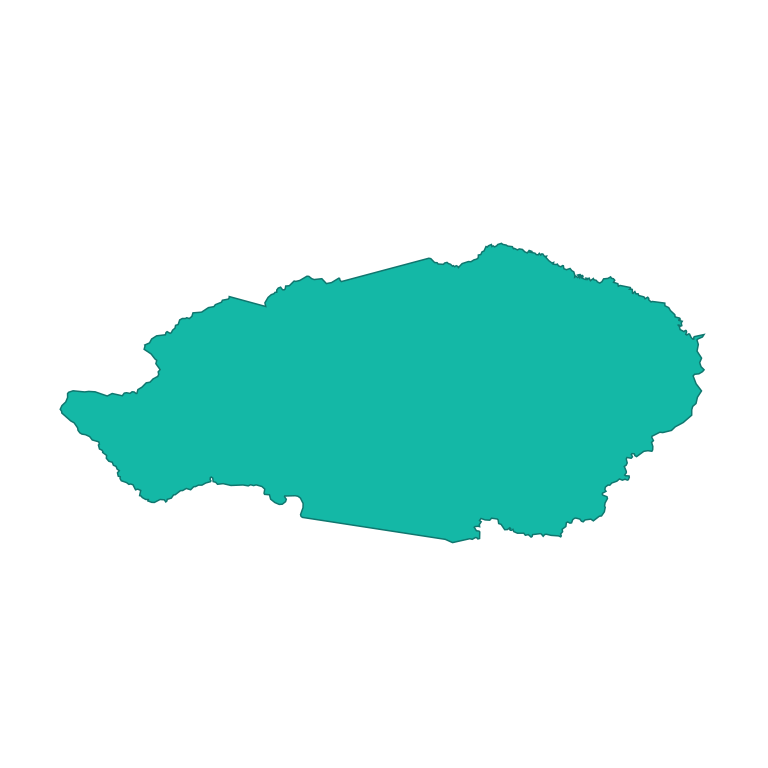 outline of Calobre, Veraguas, Panama, rotated 281°
{"feature_id": "35544464B72055613867107", "entity_name": "Calobre", "entity_type": "district", "adm_level": 2, "iso_a3": "PAN", "parent_name": "Panama", "parent_adm1": "Veraguas", "projection": "natural_earth1", "projection_center": [-80.825, 8.387], "detail": "fine", "context": "isolated", "style": "filled", "palette": "teal", "viewbox_px": 768, "rotation_deg": 281, "n_neighbors": 0, "source": "geoboundaries", "source_scale": "gbopen_adm2", "svg_char_len": 6154}
<svg xmlns="http://www.w3.org/2000/svg" viewBox="0 0 768 768"><g transform="rotate(281 384 384)"><path d="M544.5,472.5L542.7,469.1L541.1,468.2L539.7,466.3L540.4,464.8L539.5,463.7L541.4,462.8L539.6,460.1L538.2,459.4L538.4,457.9L533.7,456.8L532.4,455.0L529.5,454.3L528.6,452.0L526.0,452.5L524.2,451.1L523.1,448.7L520.6,446.0L520.3,443.5L517.1,437.7L512.5,434.8L513.5,434.0L513.9,432.3L512.6,431.0L513.4,429.5L512.7,428.8L514.2,426.5L514.5,424.2L515.4,422.7L514.3,420.4L512.8,419.5L512.1,414.3L513.2,413.0L512.9,410.5L516.0,406.0L516.0,404.0L476.4,322.6L477.4,321.1L479.2,320.2L479.3,319.5L473.5,313.1L471.6,308.3L475.5,302.9L473.2,295.5L473.6,293.0L475.3,289.7L475.1,287.8L469.6,281.6L467.9,277.9L467.9,276.1L462.4,272.3L461.4,268.8L458.5,268.9L457.3,267.9L457.2,266.4L459.3,264.0L458.0,261.9L455.8,260.8L453.6,261.2L453.2,259.6L451.6,258.7L450.2,256.3L446.9,253.7L441.0,251.6L437.5,253.1L440.3,215.4L438.9,215.6L437.6,214.9L435.4,209.4L433.3,208.9L429.7,203.3L427.5,202.3L425.5,197.1L419.7,191.2L417.4,182.9L413.7,182.5L411.1,180.4L411.4,177.7L410.4,176.5L409.8,173.5L407.9,171.2L403.1,170.6L401.8,168.2L399.0,168.2L396.5,166.2L393.9,165.5L392.9,164.4L394.0,161.1L392.9,160.2L390.6,160.0L387.9,151.6L383.8,147.3L379.6,146.0L376.6,141.7L376.0,142.2L372.3,141.9L369.1,149.6L364.8,154.5L363.9,156.4L360.4,156.2L355.4,161.5L352.8,160.0L350.5,161.0L348.3,160.5L345.0,156.4L341.1,153.9L339.8,150.4L334.7,147.0L331.6,143.5L327.6,143.2L327.4,142.3L328.5,140.3L328.3,138.2L326.3,136.5L326.3,132.9L325.5,130.8L322.5,129.3L322.8,119.0L319.4,114.6L321.2,101.9L320.4,95.6L319.1,91.7L318.0,80.1L315.7,76.0L314.2,75.2L310.4,76.0L305.6,75.0L301.4,72.0L297.4,71.0L295.8,72.7L294.0,73.3L288.0,83.5L286.8,87.2L282.5,91.6L280.1,92.5L278.0,94.8L277.2,97.0L277.3,100.6L276.2,105.1L273.4,108.3L272.8,115.0L270.6,116.1L269.6,115.3L265.9,117.1L265.3,119.6L264.0,121.0L263.1,120.9L261.0,125.3L258.1,125.6L255.7,128.6L255.3,132.2L252.6,133.9L252.0,136.7L249.5,138.3L248.4,140.7L246.0,139.3L242.8,140.7L242.6,142.8L240.7,143.0L238.9,144.6L238.1,150.1L236.8,152.7L237.5,154.4L237.2,156.8L232.7,160.3L233.8,162.3L233.1,165.5L227.8,165.4L227.7,166.9L226.4,168.4L225.2,172.0L225.6,174.7L224.2,174.5L223.5,178.5L223.9,181.2L227.9,186.2L228.4,190.4L226.6,192.3L227.8,193.2L229.4,193.2L231.4,197.0L235.0,198.6L235.5,200.2L240.5,204.6L241.0,206.7L243.7,209.8L243.3,214.4L246.9,216.8L247.3,218.5L249.3,221.1L250.0,224.6L252.8,227.9L255.0,232.3L255.9,232.6L257.0,231.5L259.0,231.4L259.7,232.3L258.9,233.9L255.6,234.9L255.4,237.6L253.8,239.7L255.5,245.1L255.2,253.1L258.0,264.9L258.1,270.2L259.7,272.3L259.4,275.4L260.6,277.7L260.1,283.7L258.1,287.0L253.9,287.1L252.9,287.8L253.4,292.7L249.3,294.7L246.8,299.5L245.8,304.1L246.6,307.1L249.7,309.8L252.2,310.1L254.3,307.9L255.1,307.9L257.4,318.2L257.4,320.9L256.1,323.7L251.3,327.4L247.1,328.1L239.9,327.0L238.3,327.8L237.5,329.3L243.2,473.8L241.4,481.6L248.5,497.7L248.4,500.3L250.7,503.0L250.8,504.4L249.8,505.7L250.6,507.3L257.1,506.2L257.7,505.4L257.6,502.7L260.6,499.9L261.4,500.5L262.3,503.5L262.2,505.1L264.2,504.4L267.3,505.7L268.2,503.8L270.5,504.9L269.9,509.2L270.5,513.8L272.8,515.2L273.1,520.7L272.5,521.9L268.9,523.2L268.6,525.7L264.0,530.3L264.7,533.0L266.9,534.9L266.3,535.8L265.2,535.2L264.6,535.8L264.7,537.1L265.9,538.3L263.9,539.5L263.0,543.4L264.2,549.7L262.5,551.6L263.7,554.4L261.8,557.6L262.6,558.5L264.5,558.6L266.9,565.8L266.8,567.0L264.9,569.3L266.9,570.4L267.5,572.0L267.3,576.9L268.2,584.3L267.7,586.6L268.7,587.0L270.5,586.0L273.1,587.5L275.4,586.6L278.8,589.7L282.7,589.5L283.6,590.6L282.9,593.1L283.5,594.6L286.8,595.1L288.5,596.6L289.0,597.8L288.8,602.0L287.0,604.0L286.7,605.8L289.0,607.4L290.8,612.8L289.6,615.6L295.3,620.6L296.0,622.7L300.6,624.7L305.2,624.7L306.2,623.8L309.4,623.7L314.2,625.2L315.9,624.4L316.6,620.2L317.5,619.3L318.5,619.3L321.0,622.4L322.6,620.9L325.1,621.0L327.5,623.1L327.8,625.0L330.3,626.5L333.0,631.1L335.7,633.2L335.1,636.3L336.5,638.8L336.1,641.2L336.7,642.1L339.2,642.6L340.5,642.1L340.0,638.6L340.6,637.6L343.1,638.8L344.5,638.5L348.9,635.6L350.5,637.2L352.9,637.8L356.6,636.1L358.2,636.5L358.3,640.8L359.9,641.8L362.0,640.2L363.0,640.7L363.2,643.0L361.6,643.9L360.9,645.8L367.5,651.9L368.9,655.8L369.1,659.8L370.6,660.3L374.0,659.8L377.7,657.8L379.8,659.3L382.8,657.0L383.9,657.1L389.3,664.0L389.5,666.9L393.3,675.1L397.6,678.1L403.3,685.1L412.1,692.0L417.4,691.0L420.9,691.3L424.4,694.0L430.8,694.2L437.8,697.0L443.8,690.3L450.9,685.9L452.8,687.0L454.1,691.2L456.9,694.3L459.0,695.5L461.5,691.9L465.2,689.8L470.0,690.8L476.0,685.0L482.8,685.0L486.9,682.8L488.2,683.7L490.9,687.6L493.6,688.7L489.8,679.8L489.1,679.2L487.2,679.5L487.0,678.6L488.2,676.7L491.3,674.4L491.3,673.4L489.9,671.9L490.3,670.7L492.9,671.1L494.1,670.4L494.1,669.7L492.7,668.4L493.9,664.3L496.9,662.9L497.9,661.6L498.2,662.2L497.4,664.2L498.1,665.2L500.7,664.1L502.5,664.8L502.7,661.3L503.4,661.2L504.2,662.4L505.1,661.6L505.4,657.0L507.6,656.2L510.7,651.2L513.3,648.9L514.4,644.8L517.0,644.2L516.2,631.5L515.5,630.5L517.2,627.8L518.6,627.5L519.5,626.3L517.5,624.0L519.1,622.6L519.5,617.1L521.0,616.3L520.6,614.1L522.6,612.6L520.4,611.2L520.6,610.6L524.2,609.7L523.9,607.1L524.9,607.9L525.7,607.4L525.8,596.9L524.7,595.4L527.1,594.4L527.6,589.9L529.9,590.7L531.1,589.1L531.2,587.1L532.4,586.0L530.4,583.7L529.1,579.5L526.0,578.4L524.2,576.5L525.0,573.9L526.2,572.7L526.4,570.1L527.5,569.4L524.8,566.9L527.1,565.1L525.4,563.6L526.5,563.2L526.4,562.0L525.7,562.5L525.0,561.7L525.7,558.0L526.3,557.4L527.2,558.9L528.0,558.6L528.4,557.9L527.8,557.0L528.9,555.6L527.9,553.3L527.2,554.2L527.4,555.9L525.6,555.8L526.5,554.9L525.4,553.9L526.5,551.8L525.3,550.8L527.1,550.6L530.3,548.9L531.1,546.7L532.9,544.6L531.0,541.3L531.5,538.6L534.3,537.5L534.3,536.6L532.8,535.3L533.3,532.7L534.8,531.3L534.1,530.2L533.9,527.2L535.7,527.3L534.8,525.8L536.5,522.3L539.1,518.8L540.5,519.2L539.8,517.3L541.9,515.1L541.8,514.0L540.5,513.3L541.9,511.5L540.2,510.7L540.1,508.8L541.2,507.3L541.3,502.2L542.4,503.5L542.8,501.0L540.0,499.6L540.6,497.0L542.5,494.2L542.4,491.0L541.1,489.4L542.0,486.2L541.5,485.3L543.3,483.8L543.0,479.0L543.7,477.5L543.7,473.9L544.5,472.5Z" fill="#14b8a6" stroke="#0f766e" stroke-width="1.5"/></g></svg>